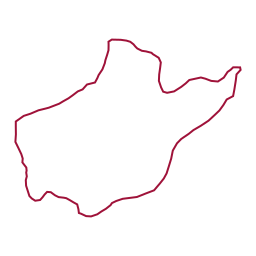 Balakan District, Balakən, Azerbaijan
{"feature_id": "54616110B63924922129682", "entity_name": "Balakan District", "entity_type": "district", "adm_level": 2, "iso_a3": "AZE", "parent_name": "Azerbaijan", "parent_adm1": "Balakən", "projection": "natural_earth1", "projection_center": [46.439, 41.744], "detail": "fine", "context": "isolated", "style": "outline", "palette": "rose", "viewbox_px": 256, "rotation_deg": 0, "n_neighbors": 0, "source": "geoboundaries", "source_scale": "gbopen_adm2", "svg_char_len": 1509}
<svg xmlns="http://www.w3.org/2000/svg" viewBox="0 0 256 256"><path d="M240.6,69.9L240.1,67.4L233.2,67.3L230.6,69.8L227.6,71.9L223.8,77.6L217.9,81.5L211.2,80.9L205.4,78.7L200.9,77.5L189.3,80.0L185.7,83.4L181.2,86.9L174.1,91.4L167.1,92.8L163.2,91.7L161.1,87.4L158.9,80.9L159.2,74.4L160.1,68.1L160.8,62.4L158.7,57.8L152.8,54.1L151.5,52.8L146.0,51.4L141.9,50.8L137.3,48.5L135.4,46.6L133.5,44.3L130.3,41.8L126.4,40.6L120.7,39.8L111.8,39.6L108.5,41.7L108.6,44.7L108.5,50.2L107.1,55.0L105.4,60.2L104.8,63.2L102.4,69.4L98.6,75.1L97.4,78.0L95.0,82.5L87.0,84.5L82.6,89.4L77.8,91.4L72.7,95.3L68.5,98.3L63.0,101.4L59.2,103.7L48.8,107.7L45.8,108.5L38.5,110.3L30.5,113.7L23.7,115.9L15.8,121.5L15.8,127.1L15.9,134.4L15.4,141.9L18.2,147.6L21.3,154.1L22.7,158.5L22.4,162.4L24.6,165.3L26.3,167.5L26.6,170.6L26.2,172.6L26.8,176.4L25.8,180.1L26.1,185.7L27.7,190.7L29.4,196.0L31.8,198.5L35.2,200.7L40.1,200.0L42.6,197.2L44.6,194.5L47.1,191.9L50.8,192.2L55.0,195.3L58.6,197.1L63.8,197.7L66.3,198.2L70.1,200.3L73.4,202.3L77.2,204.4L78.4,209.1L78.9,213.0L81.0,213.7L86.1,216.1L91.1,216.4L97.3,214.3L101.5,211.4L105.9,208.8L110.6,205.1L111.9,203.1L116.2,201.0L122.7,198.8L136.9,197.0L143.5,194.4L145.2,193.7L154.1,190.3L157.3,186.5L159.7,183.7L163.8,178.5L166.6,173.4L168.9,166.1L171.2,158.6L172.8,150.6L177.0,143.3L181.3,138.9L188.8,133.8L193.4,130.1L200.6,125.9L208.5,120.7L214.9,114.8L219.4,110.5L223.4,105.0L226.7,99.5L233.1,96.1L234.4,89.3L235.8,80.4L236.5,74.4L240.6,69.9Z" fill="none" stroke="#9f1239" stroke-width="2"/></svg>